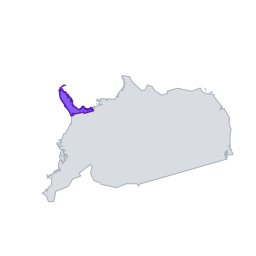 Florida on a map of United States of America (Equal Earth projection), rotated 164°
{"feature_id": "USA-3542", "entity_name": "Florida", "entity_type": "State", "adm_level": 1, "iso_a3": "USA", "parent_name": "United States of America", "parent_adm1": "", "projection": "equal_earth", "projection_center": [-82.742, 27.771], "detail": "fine", "context": "in_parent", "style": "filled", "palette": "violet", "viewbox_px": 256, "rotation_deg": 164, "n_neighbors": 0, "source": "natural_earth", "source_scale": "10m", "svg_char_len": 8961}
<svg xmlns="http://www.w3.org/2000/svg" viewBox="0 0 256 256"><g transform="rotate(164 128 128)"><path d="M201.9,88.2L214.9,87.0L219.7,77.5L224.7,79.1L225.2,85.0L228.4,89.0L223.5,90.4L223.3,91.5L222.4,90.1L221.3,92.5L217.5,94.2L215.2,100.2L217.5,102.8L218.9,102.5L218.5,101.4L219.0,101.9L219.2,103.2L215.0,104.1L214.1,102.7L213.7,104.6L208.8,105.0L205.2,107.5L205.6,106.1L205.2,105.2L204.3,108.5L205.4,109.1L205.1,111.9L202.7,115.6L200.0,113.3L201.5,111.0L199.8,112.6L200.6,115.2L201.7,116.7L201.9,118.3L198.9,124.3L199.8,120.5L197.2,117.0L198.8,113.2L196.3,114.4L197.3,119.9L194.9,118.2L194.1,118.4L194.8,116.7L194.8,116.1L194.0,117.5L194.0,118.7L197.6,120.8L196.8,121.8L195.2,119.9L194.6,119.5L196.6,121.9L197.5,122.3L197.0,123.8L195.9,122.7L197.7,124.8L197.3,125.1L196.4,124.0L194.2,123.5L196.9,125.5L198.7,125.5L200.5,130.7L198.9,126.7L199.5,129.3L196.1,128.7L198.6,131.3L199.7,130.6L198.3,132.9L195.1,132.1L197.1,133.3L195.4,134.5L197.4,135.4L193.9,135.9L192.0,139.8L188.7,140.8L182.4,147.8L181.6,147.1L179.2,153.6L179.0,155.2L180.0,160.2L184.6,175.2L183.0,183.2L180.6,183.6L178.3,179.3L177.9,175.8L174.5,171.7L175.7,169.8L174.0,169.9L174.8,164.7L170.9,159.5L164.8,160.7L163.8,157.7L157.8,157.5L158.6,156.3L157.5,157.5L154.8,158.0L154.8,155.7L154.3,157.3L146.1,157.8L149.6,158.9L148.3,161.0L150.9,163.1L149.6,164.2L146.7,161.5L146.4,163.6L142.4,162.7L140.3,160.0L138.8,161.4L133.0,159.2L129.5,162.2L130.4,161.4L128.5,160.6L127.5,164.3L123.7,166.7L124.6,166.0L122.3,165.6L123.0,166.9L120.2,168.4L119.0,172.5L117.7,171.9L118.8,173.0L118.8,176.8L119.8,179.1L118.9,179.9L112.4,177.0L111.2,171.4L104.8,160.4L101.2,159.8L97.5,164.1L93.5,161.3L91.9,156.2L86.7,150.4L80.2,150.3L80.0,152.6L69.5,152.6L56.6,145.7L47.7,146.6L46.9,142.9L43.6,139.4L36.2,136.7L36.5,134.0L31.8,122.5L32.2,121.3L33.3,122.8L32.8,120.3L35.7,120.1L30.3,120.4L27.6,109.8L29.7,104.2L29.3,98.0L31.6,94.1L34.7,82.9L37.2,83.2L34.4,82.6L35.9,79.6L34.9,79.7L34.5,73.5L40.7,74.6L38.7,77.8L41.3,75.5L40.5,78.2L38.9,78.9L39.9,79.0L41.4,77.9L42.4,75.1L41.6,70.9L133.2,70.9L133.4,69.3L134.9,72.0L145.1,74.9L155.6,73.8L169.7,81.5L170.2,83.5L175.1,86.7L176.5,94.6L173.0,101.1L174.6,103.2L187.3,98.1L186.8,95.1L187.9,94.6L194.9,94.4L201.9,88.2ZM210.4,106.4L212.5,106.0L205.1,108.0L211.2,105.6L210.4,106.4ZM41.5,73.5L41.9,75.2L41.8,75.5L40.9,74.2L41.5,73.5ZM119.7,178.4L119.0,175.1L119.1,173.2L119.2,175.2L119.7,178.4ZM224.0,90.7L224.0,91.6L223.7,91.4L224.0,90.7ZM140.3,160.9L140.4,161.7L139.8,161.1L140.3,160.9ZM38.8,139.6L39.7,139.2L39.8,139.3L38.8,139.6ZM37.9,139.3L37.4,139.9L37.2,139.4L37.9,139.3ZM216.9,104.2L216.3,104.8L216.2,104.7L216.9,104.2ZM119.7,171.5L119.1,173.0L120.5,170.0L119.7,171.5ZM183.3,170.2L184.1,173.2L183.1,169.9L183.3,170.2ZM43.0,142.0L43.3,142.8L43.0,142.1L43.0,142.0ZM183.4,183.6L182.7,184.6L183.9,182.6L183.4,183.6ZM200.8,132.5L200.1,133.6L200.7,130.9L200.8,132.5ZM40.9,72.1L40.8,72.6L40.5,72.4L40.9,72.1ZM123.0,167.5L121.7,168.1L123.1,167.2L123.0,167.5ZM218.9,104.5L218.9,105.2L218.3,105.0L218.9,104.5ZM42.7,144.2L42.9,145.1L42.6,144.3L42.7,144.2ZM121.4,168.7L120.8,169.1L121.3,168.5L121.4,168.7ZM201.6,119.5L200.8,120.9L201.7,118.9L201.6,119.5ZM129.0,162.9L128.2,163.5L129.4,162.4L129.0,162.9ZM179.3,154.3L179.2,155.5L179.1,154.7L179.3,154.3ZM197.7,135.6L197.4,135.8L198.2,134.9L197.7,135.6ZM167.0,160.5L166.0,161.1L165.5,161.0L167.0,160.5ZM154.4,157.8L154.2,158.0L153.6,157.9L154.4,157.8ZM176.8,175.9L176.9,176.8L176.6,175.7L176.8,175.9ZM151.8,159.5L151.6,160.3L151.6,158.9L151.8,159.5ZM181.1,185.7L180.5,185.8L181.3,185.6L181.1,185.7ZM204.9,112.4L204.5,113.1L205.0,112.1L204.9,112.4ZM199.4,133.8L199.1,134.1L199.4,133.8Z" fill="#d9dde1" stroke="#a8b0b8" stroke-width="1"/><path d="M157.4,157.5L156.8,157.5L157.0,157.5L157.0,157.3L157.3,157.0L157.0,156.8L156.9,156.5L157.1,155.8L156.7,155.5L156.3,154.9L156.4,154.2L166.0,154.2L166.2,154.7L166.3,155.4L166.5,155.6L176.3,156.3L176.4,156.8L176.4,157.1L176.6,157.3L177.0,157.3L177.1,156.3L177.0,155.9L177.0,155.5L177.3,155.1L178.4,155.5L179.3,155.7L179.3,156.5L179.1,156.1L179.0,156.4L179.4,156.9L179.4,157.7L180.0,160.5L181.2,163.8L182.4,165.9L182.7,166.8L182.5,167.1L182.5,168.1L182.7,168.8L183.0,169.6L183.1,169.8L182.6,168.7L182.4,168.1L182.4,167.2L182.5,166.6L182.5,166.1L182.3,166.0L182.2,166.2L181.8,166.1L181.8,165.8L181.9,165.4L181.5,165.2L182.0,167.3L183.3,170.8L183.5,171.6L184.0,173.2L184.0,173.3L184.0,173.1L183.6,173.0L184.2,173.5L184.5,174.3L184.4,174.5L184.5,174.6L184.7,175.1L184.6,175.4L184.7,176.3L184.4,178.5L184.3,178.8L184.3,180.4L184.3,179.8L184.2,180.0L184.1,180.5L183.9,180.7L183.7,181.2L183.5,181.9L183.7,182.5L183.2,183.1L183.3,183.4L183.1,183.1L183.1,183.3L183.2,183.5L183.1,183.3L182.9,183.2L182.7,183.1L182.6,183.4L182.4,183.4L182.4,183.5L182.2,183.6L181.8,183.6L181.6,183.4L181.4,183.6L180.7,183.7L180.4,183.2L180.4,182.8L180.6,182.6L180.8,183.0L181.1,183.2L181.0,183.3L181.3,183.3L181.4,183.1L181.1,182.7L180.5,182.4L180.2,181.7L180.3,181.5L180.2,181.5L180.0,180.8L179.8,180.7L179.7,180.5L179.8,180.4L179.7,180.2L179.2,179.8L178.8,179.7L178.7,179.5L178.4,179.6L178.2,179.5L178.4,179.6L178.5,179.4L178.3,179.3L178.0,178.5L178.0,178.8L177.8,177.0L177.7,176.7L177.7,177.0L177.2,176.8L177.2,176.6L177.3,176.7L177.6,176.4L177.6,176.2L178.1,175.6L177.6,176.0L177.4,176.5L177.1,176.6L176.9,175.8L177.0,174.9L176.9,174.6L177.2,174.4L177.3,174.2L176.8,174.4L176.6,174.6L176.5,174.3L176.4,174.4L176.2,174.1L176.5,174.5L176.7,175.2L176.6,175.3L176.6,175.1L176.0,175.0L175.9,174.5L175.8,174.4L175.9,174.7L175.5,173.7L175.4,173.1L175.1,172.8L175.2,172.6L175.1,172.2L174.6,171.9L174.5,171.6L174.7,171.9L174.8,171.7L174.7,171.7L175.0,171.7L174.8,171.5L175.0,171.4L174.9,171.4L175.8,170.1L175.6,169.6L175.4,169.6L175.4,170.0L175.2,170.0L175.2,169.4L174.9,169.3L175.0,169.2L174.6,169.0L174.6,169.3L174.8,169.3L174.5,169.5L175.1,169.7L174.9,169.8L174.9,170.6L174.1,170.0L174.4,170.5L174.5,170.9L174.0,170.0L174.0,169.6L174.1,169.4L174.1,169.7L174.3,168.6L174.3,168.2L174.5,167.7L174.7,166.9L174.8,165.7L174.8,165.4L174.6,165.1L174.8,165.2L174.8,164.7L174.5,164.3L174.2,163.3L173.3,163.2L173.1,162.8L172.9,162.6L172.7,162.1L171.9,161.5L172.0,160.9L171.4,160.5L170.9,159.5L169.6,158.6L169.1,158.8L169.0,158.6L168.3,159.0L168.4,159.3L168.0,159.1L168.4,159.4L168.4,159.6L167.8,159.5L166.5,160.5L166.5,160.1L166.0,160.6L165.5,160.5L164.7,160.7L164.5,159.9L164.6,160.5L164.8,160.7L164.9,160.2L164.7,159.7L164.0,159.1L163.9,159.0L164.2,159.2L163.5,158.5L164.3,159.0L164.5,158.9L164.4,158.8L164.3,159.0L164.2,158.6L164.2,158.4L163.9,158.5L163.3,158.2L163.6,157.9L163.9,157.7L163.7,157.7L163.4,157.9L163.2,157.6L162.8,157.8L162.9,158.0L163.2,158.0L163.2,158.3L163.4,158.4L163.3,158.5L162.0,157.6L160.4,157.1L161.0,157.2L161.4,157.2L161.9,157.2L161.7,156.9L161.8,156.7L161.6,156.8L161.5,156.6L160.8,156.9L160.7,156.8L160.8,156.6L160.6,156.7L160.5,156.8L160.1,156.9L160.0,157.1L159.4,157.0L157.8,157.4L158.1,157.2L158.5,157.1L158.8,156.9L159.0,157.0L158.5,156.6L158.7,156.4L158.5,156.1L158.3,156.9L158.1,156.4L157.9,156.2L158.0,156.7L157.9,157.0L157.6,157.2L157.6,157.4L157.4,157.4L157.4,157.5ZM182.0,166.4L182.4,166.1L182.4,166.3L182.3,167.0L182.2,167.7L182.3,168.0L182.0,166.7L182.0,166.4ZM183.9,182.6L183.5,183.5L183.1,183.9L182.7,184.6L183.2,183.7L183.3,183.6L183.5,183.2L183.5,182.9L183.8,182.5L183.9,182.6ZM159.7,157.1L160.3,157.2L157.7,157.5L159.7,157.1ZM183.7,172.1L183.1,169.9L183.4,170.7L184.2,173.3L183.7,172.1ZM176.9,176.8L176.7,176.2L176.6,175.7L176.8,175.9L176.9,176.8ZM176.7,176.9L177.1,177.0L176.9,177.1L176.6,177.0L176.5,176.5L176.7,176.9ZM165.6,161.0L165.3,160.8L165.2,160.7L165.7,160.7L165.6,161.0ZM179.1,186.2L179.0,186.3L178.6,186.5L179.0,186.2L178.9,186.1L179.1,186.3L178.9,185.9L179.1,186.2ZM166.0,161.0L167.1,160.3L166.8,160.7L166.1,161.1L165.8,161.1L165.6,161.0L166.0,161.0ZM179.4,185.6L179.7,185.9L179.8,186.1L179.7,186.2L179.4,185.6ZM179.6,180.2L179.5,180.3L179.4,180.3L179.4,180.1L179.6,180.2ZM174.8,172.3L174.7,172.0L175.0,172.6L174.8,172.3ZM178.4,186.4L178.6,186.4L178.6,186.5L178.3,186.6L178.4,186.4ZM179.3,180.1L179.1,180.0L179.2,179.9L179.3,180.1ZM178.3,179.8L178.5,179.8L178.4,179.9L178.3,179.8ZM180.7,185.9L180.9,185.7L180.8,185.8L180.7,185.9ZM167.3,160.2L167.6,160.0L167.2,160.2L167.3,160.2ZM176.1,175.2L176.3,175.4L176.2,175.6L176.1,175.2ZM179.2,186.0L179.1,185.9L179.2,186.0ZM181.8,185.1L181.8,185.3L181.6,185.3L181.8,185.1ZM184.2,180.9L184.1,180.7L184.2,180.9ZM184.1,181.8L184.0,182.2L183.9,182.3L184.1,181.8ZM181.4,185.5L181.2,185.6L180.9,185.8L181.2,185.5L181.4,185.5ZM178.2,186.5L178.3,186.6L178.2,186.5L178.2,186.5ZM176.3,175.9L176.3,175.7L176.4,176.2L176.3,175.9ZM178.9,179.7L179.0,179.9L179.0,180.0L178.9,179.7ZM180.7,182.6L180.7,182.8L180.6,182.6L180.7,182.6ZM174.6,165.3L174.6,165.2L174.7,165.3L174.6,165.3ZM174.6,165.4L174.7,165.6L174.6,165.4ZM173.3,163.4L173.2,163.5L173.3,163.4ZM179.8,185.9L179.9,186.0L179.8,185.9ZM176.8,186.6L176.7,186.4L176.8,186.4L176.8,186.5L176.8,186.6ZM182.5,184.7L182.4,184.9L182.5,184.7Z" fill="#8b5cf6" stroke="#5b21b6" stroke-width="1.5"/></g></svg>